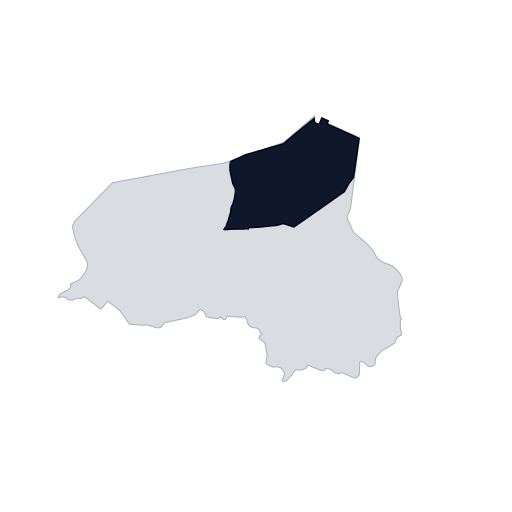 location of Al-Rutba, Al-Anbar, Iraq, rotated 129°
{"feature_id": "34846034B71122492404189", "entity_name": "Al-Rutba", "entity_type": "district", "adm_level": 2, "iso_a3": "IRQ", "parent_name": "Iraq", "parent_adm1": "Al-Anbar", "projection": "natural_earth1", "projection_center": [41.592, 32.564], "detail": "fine", "context": "in_parent", "style": "filled", "palette": "ink", "viewbox_px": 512, "rotation_deg": 129, "n_neighbors": 0, "source": "geoboundaries", "source_scale": "gbopen_adm2", "svg_char_len": 6931}
<svg xmlns="http://www.w3.org/2000/svg" viewBox="0 0 512 512"><g transform="rotate(129 256 256)"><path d="M213.0,103.5L216.0,102.8L221.6,98.0L224.9,93.6L226.0,93.3L229.0,94.7L231.1,95.1L236.0,93.4L238.9,94.3L241.3,95.4L242.7,95.5L249.3,98.2L250.9,98.6L254.3,98.9L259.4,99.0L262.6,97.3L264.9,95.5L266.5,95.6L268.1,96.0L269.4,96.7L270.5,98.0L271.1,99.9L270.9,105.8L271.4,107.3L272.3,108.4L273.4,108.6L274.8,107.4L277.2,105.5L280.1,103.5L282.3,101.6L283.6,100.9L285.6,101.0L287.5,101.3L288.6,102.2L288.6,102.5L289.7,105.3L292.4,115.6L293.8,116.9L295.5,118.0L296.7,119.6L297.2,121.1L297.1,123.5L297.2,126.3L297.9,128.4L298.9,130.1L299.8,130.9L301.2,130.9L302.8,131.3L303.9,133.0L307.5,144.7L307.8,146.3L309.3,146.8L311.7,146.5L314.2,147.8L316.8,149.7L319.4,153.3L321.0,153.8L326.2,153.3L333.4,153.9L336.8,155.7L336.4,156.9L333.9,158.2L329.4,159.7L328.1,162.2L327.3,165.5L327.5,167.3L328.6,169.4L331.9,173.4L332.1,174.9L332.7,176.9L333.3,178.3L332.7,181.0L329.8,182.9L326.0,184.9L318.4,193.9L317.9,195.8L318.0,201.2L317.2,202.7L314.8,202.7L312.9,202.4L312.8,204.3L311.6,206.7L311.0,208.9L313.9,214.0L314.4,216.7L314.0,219.2L311.4,223.4L309.9,226.3L310.3,227.0L312.3,228.1L318.8,237.4L320.9,240.7L323.6,239.9L324.6,239.9L325.4,240.5L325.9,241.6L325.9,243.0L325.2,245.1L328.7,245.9L330.0,248.1L334.1,255.4L333.9,257.5L332.1,261.0L332.1,263.3L332.5,265.3L333.1,266.0L339.1,266.3L341.6,267.1L347.8,270.9L354.9,276.6L360.7,281.3L365.6,285.3L370.9,285.0L372.3,285.7L373.7,287.0L375.2,290.2L378.3,297.7L380.9,300.1L384.9,306.1L388.7,311.6L386.4,319.2L384.2,327.1L384.3,337.2L384.4,342.7L389.5,342.9L395.1,343.2L395.2,349.7L395.4,356.3L395.5,363.7L397.2,364.1L399.8,365.7L401.0,368.1L402.4,369.4L404.1,369.6L405.8,370.8L407.5,373.0L408.2,374.6L407.7,375.7L408.1,377.7L409.3,380.5L410.8,381.9L413.0,383.5L410.0,384.4L406.8,383.7L399.9,380.4L397.7,380.3L394.8,381.6L394.7,382.7L387.4,379.0L384.8,378.3L383.8,378.2L379.7,378.2L373.8,378.9L370.3,380.4L367.9,382.0L366.8,383.5L366.5,384.4L364.6,389.0L362.5,394.8L360.3,400.2L356.0,407.6L353.6,411.1L348.5,417.5L342.8,418.7L329.7,417.5L315.1,416.1L300.6,414.7L289.8,413.7L289.0,413.3L278.2,404.2L269.8,396.9L259.2,387.9L248.4,378.7L237.5,369.4L229.6,362.6L220.0,353.9L211.2,345.9L204.3,339.6L195.5,334.1L188.6,329.9L178.6,323.6L170.6,318.6L163.7,314.3L153.2,307.7L149.7,306.0L138.8,303.8L128.4,301.9L117.7,300.0L110.5,298.7L115.3,294.0L113.8,289.8L110.4,290.6L107.2,291.6L105.4,285.0L107.8,284.2L105.6,275.7L103.4,266.9L101.2,258.4L99.0,249.8L108.1,244.2L114.8,240.1L124.3,234.2L133.4,228.6L142.1,223.3L151.6,217.4L160.2,212.2L168.0,210.0L169.6,208.4L173.2,201.2L176.2,195.1L176.4,193.6L176.4,184.9L177.0,174.7L178.0,169.3L179.7,164.5L181.3,160.9L181.5,157.6L181.3,154.3L179.6,149.3L177.9,144.0L178.1,138.9L178.4,136.2L179.5,131.9L181.3,128.7L183.3,126.7L190.7,124.7L195.0,123.5L200.9,117.9L204.3,114.6L209.1,109.3L212.7,105.4L213.0,104.1L213.0,103.5Z" fill="#d9dde1" stroke="#a8b0b8" stroke-width="1"/><path d="M240.0,279.1L239.2,279.3L238.5,279.5L237.9,278.8L237.4,278.2L236.8,277.6L235.9,276.6L235.2,275.7L234.4,275.0L233.8,274.2L233.3,273.7L232.8,273.1L232.5,272.7L231.8,272.0L231.3,271.4L230.6,270.8L229.8,269.9L229.3,269.4L228.7,268.8L228.0,268.1L227.3,267.5L226.8,267.0L226.2,266.3L225.6,265.7L225.1,265.2L224.3,264.5L223.4,263.5L222.5,262.6L221.7,261.8L220.8,260.8L220.3,260.3L220.1,260.2L219.4,259.5L218.6,258.8L217.7,258.1L216.7,257.4L215.8,256.8L215.0,256.3L214.5,256.0L214.1,255.7L213.7,255.0L213.3,254.3L212.9,253.6L212.6,252.8L212.4,252.2L212.1,251.4L211.8,250.6L211.5,249.8L211.1,248.9L210.8,247.9L210.4,247.0L210.1,246.1L209.6,244.9L209.5,244.7L208.7,244.6L207.4,244.2L206.1,243.8L204.6,243.4L203.7,243.1L202.9,242.8L201.2,242.4L199.7,241.9L198.2,241.5L196.6,241.0L195.3,240.7L193.9,240.2L192.6,239.9L191.3,239.5L190.3,239.2L189.2,238.9L188.0,238.6L186.8,238.2L185.6,237.9L184.4,237.5L183.4,237.3L182.1,236.9L180.9,236.5L179.6,236.1L178.1,235.7L177.3,235.5L176.3,235.2L175.4,235.0L175.3,234.9L174.1,234.6L173.0,234.3L172.1,234.0L171.2,233.8L170.3,233.5L169.1,233.2L167.9,232.8L166.3,232.4L165.0,232.0L163.5,231.6L162.0,231.2L160.7,230.8L159.4,230.4L158.3,230.1L157.2,229.9L156.3,229.6L155.3,229.3L154.3,229.0L153.3,228.7L151.9,228.3L151.0,228.0L150.4,227.8L149.4,228.1L148.4,228.2L147.1,228.4L146.3,228.5L145.4,228.7L143.8,229.1L142.5,229.2L141.1,229.5L140.1,229.5L138.8,229.5L137.8,229.5L136.9,229.6L135.5,229.6L134.0,229.6L133.8,229.6L133.4,229.8L130.7,231.4L129.0,232.4L126.5,233.8L125.5,234.4L123.9,235.4L123.2,235.8L122.6,236.1L121.4,236.9L119.7,237.9L117.8,239.0L116.5,239.8L115.1,240.7L113.9,241.3L112.8,242.0L111.4,242.8L109.1,244.3L107.1,245.5L105.3,246.5L104.6,247.0L103.8,247.3L101.7,248.8L100.2,249.6L99.7,250.0L100.1,251.4L101.3,256.0L101.9,258.4L103.2,263.2L103.5,264.3L104.1,266.5L105.1,270.7L105.9,273.4L106.0,274.0L106.2,274.3L106.7,276.4L108.7,283.9L107.8,284.2L107.2,284.4L106.1,284.7L105.5,284.8L105.8,286.1L106.3,287.7L106.6,289.1L107.0,290.5L107.2,291.3L107.3,291.7L110.0,290.9L111.1,290.6L112.6,290.2L113.8,289.8L114.2,289.7L115.5,294.5L114.5,295.4L113.8,296.2L113.0,296.8L112.4,297.3L112.9,297.5L114.8,297.9L117.8,298.5L120.8,299.1L122.6,299.5L127.0,300.5L130.7,301.2L131.0,301.3L132.8,301.7L133.3,301.8L135.8,302.3L140.3,303.2L142.8,303.6L147.5,304.5L150.2,305.0L151.4,305.2L152.9,306.3L154.9,307.6L156.7,308.9L159.3,310.7L161.9,312.6L165.2,314.8L167.6,316.5L170.3,318.3L173.0,320.3L176.3,322.5L178.5,324.0L181.1,325.9L182.9,327.2L184.1,328.0L185.4,328.6L189.2,330.4L191.5,331.6L193.2,332.5L195.1,333.4L197.5,334.6L198.7,335.1L199.5,334.7L200.4,334.2L201.9,333.3L202.5,332.8L203.4,332.2L204.5,331.1L205.2,330.6L205.9,330.1L206.2,329.5L207.5,328.1L208.2,327.2L209.3,325.9L210.1,324.9L210.7,324.1L211.0,323.7L211.8,322.8L212.3,322.2L212.7,321.7L213.2,321.1L213.4,320.9L213.8,320.3L214.3,319.5L214.5,319.1L215.0,318.1L215.4,317.3L215.9,316.2L216.2,315.4L216.6,314.7L216.9,314.4L217.2,314.0L217.5,313.7L217.8,313.3L218.4,312.9L219.5,312.1L220.8,311.3L221.8,310.7L222.5,310.4L223.0,310.0L223.8,309.6L224.5,309.2L225.2,308.8L226.0,308.4L226.8,308.1L228.2,307.5L228.8,307.2L229.5,307.0L230.3,306.7L231.3,306.5L232.0,306.3L233.0,306.1L233.5,305.9L234.2,305.6L234.9,305.3L235.4,305.0L236.3,304.4L237.1,303.8L237.9,303.3L238.5,303.0L239.1,302.7L239.5,302.6L239.8,302.5L240.7,302.2L241.4,301.9L241.9,301.6L242.0,301.6L242.7,301.3L243.8,300.8L244.7,300.4L245.9,299.9L246.7,299.6L247.6,299.4L248.2,299.2L249.3,298.8L250.3,298.4L250.9,298.1L251.5,298.0L252.0,297.9L252.8,297.8L253.4,297.8L254.3,297.6L255.2,297.6L255.5,297.6L255.5,297.3L254.7,296.4L253.5,295.0L253.1,294.5L252.7,294.2L252.5,293.9L252.1,293.6L251.7,293.2L251.1,292.6L250.5,291.8L250.2,291.5L249.9,291.2L248.6,289.5L248.0,288.9L247.5,288.3L246.9,287.6L246.4,287.0L246.1,286.6L245.9,286.3L245.6,286.0L245.3,285.6L244.6,284.7L244.3,284.4L243.1,283.0L242.5,282.3L242.1,281.9L241.6,281.4L241.0,280.8L240.6,280.2L240.3,279.7L240.1,279.4L240.0,279.1Z" fill="#0f172a" stroke="#020617" stroke-width="1.5"/></g></svg>